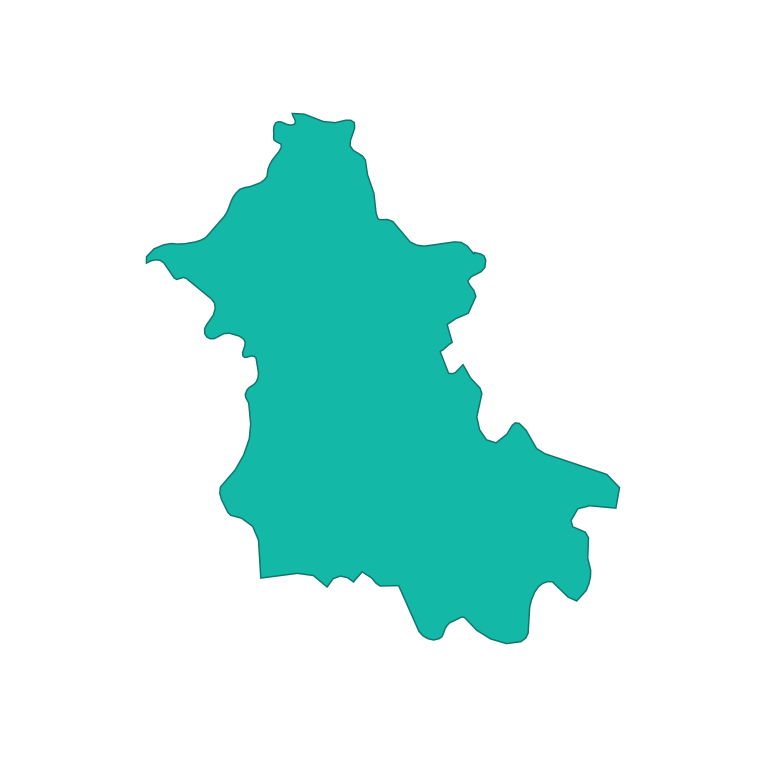 Loir-et-Cher, Mercator projection, rotated 24°
{"feature_id": "FRA-5314", "entity_name": "Loir-et-Cher", "entity_type": "Metropolitan department", "adm_level": 1, "iso_a3": "FRA", "parent_name": "France", "parent_adm1": "", "projection": "mercator", "projection_center": [1.32, 47.658], "detail": "fine", "context": "isolated", "style": "filled", "palette": "teal", "viewbox_px": 768, "rotation_deg": 24, "n_neighbors": 0, "source": "natural_earth", "source_scale": "10m", "svg_char_len": 2798}
<svg xmlns="http://www.w3.org/2000/svg" viewBox="0 0 768 768"><g transform="rotate(24 384 384)"><path d="M516.5,595.7L479.4,562.2L462.6,570.1L457.8,569.2L451.5,566.2L440.3,564.4L439.7,567.2L437.3,574.6L436.7,577.3L429.5,575.7L422.2,577.2L416.7,582.5L414.6,592.6L397.4,587.7L381.9,592.2L350.4,611.4L332.8,577.6L322.0,567.5L308.4,564.5L297.5,566.3L293.7,564.9L282.6,555.7L278.5,550.7L276.5,544.7L283.0,522.9L284.7,505.7L283.2,488.8L278.5,474.8L268.2,456.5L263.2,452.6L261.5,449.9L261.3,445.2L262.3,442.0L265.6,436.9L266.5,433.6L266.3,429.2L265.0,425.2L256.7,412.5L254.3,411.4L251.3,412.3L247.6,415.5L245.7,416.4L243.6,415.6L242.1,412.9L241.3,405.7L240.3,402.6L238.7,400.8L236.5,399.8L232.2,399.1L222.0,400.5L217.1,403.2L210.7,411.4L207.1,413.3L203.2,413.2L199.8,411.0L197.6,406.3L198.0,401.3L200.1,390.4L199.0,383.3L196.1,378.9L192.1,376.6L160.4,367.9L157.4,368.2L152.1,372.8L149.2,372.5L133.5,362.8L129.4,362.1L125.1,363.3L121.1,366.2L117.8,370.2L115.3,364.3L119.0,354.0L126.3,346.3L133.1,341.9L136.5,340.9L137.3,340.7L144.5,337.2L153.9,331.0L158.5,326.8L161.6,322.8L169.8,296.3L170.4,292.9L170.6,289.4L170.5,285.5L170.2,282.1L170.0,278.5L170.2,274.5L171.1,270.0L173.0,265.0L176.7,261.3L181.2,258.3L188.8,250.9L191.6,246.3L192.7,242.0L190.7,235.3L190.4,230.4L190.9,224.7L193.5,214.5L193.9,209.6L192.4,206.8L186.8,206.4L184.3,205.8L182.9,203.6L181.8,200.8L180.1,197.4L178.7,193.6L178.8,189.6L180.9,187.3L183.6,186.4L190.2,186.3L193.5,185.5L196.5,183.1L196.6,180.6L194.7,178.4L192.2,176.5L190.1,174.2L201.4,169.9L222.0,168.9L233.1,165.1L241.9,158.5L246.4,156.6L250.6,157.3L253.1,162.2L254.3,175.1L256.2,180.2L260.7,183.0L271.5,184.5L275.9,187.0L283.8,199.5L297.2,213.9L307.2,231.0L311.0,235.3L313.1,235.7L320.4,232.3L326.1,232.0L350.0,243.6L357.6,243.8L364.9,241.6L390.6,225.5L397.0,223.2L403.8,224.1L413.1,228.6L413.0,227.1L419.6,225.9L423.4,226.4L426.6,229.5L428.7,236.5L427.1,241.8L420.1,250.4L418.6,255.9L422.4,259.0L428.1,262.0L432.3,266.7L432.2,285.1L422.8,295.3L417.5,304.0L429.4,318.3L427.4,321.3L424.1,328.6L422.1,331.5L438.7,348.0L442.9,346.4L444.6,344.4L448.4,334.2L460.5,343.3L473.5,348.8L477.3,353.0L482.2,376.4L489.9,386.9L500.3,393.3L510.3,392.2L516.7,379.8L518.0,369.6L519.7,366.1L523.6,365.0L532.7,368.5L549.6,380.9L559.2,382.3L624.4,376.0L641.3,382.9L646.3,403.1L621.6,411.5L611.8,419.1L610.4,432.8L614.5,437.7L628.1,437.5L633.4,441.4L640.9,460.2L648.5,470.0L651.0,476.0L652.4,482.9L652.7,490.4L648.3,503.8L638.9,503.8L618.2,496.2L613.7,498.1L610.1,501.5L607.5,506.5L606.3,513.2L606.5,521.1L607.8,528.5L617.0,553.0L616.8,558.4L613.9,563.7L601.5,571.3L585.3,573.5L569.0,571.3L552.5,564.5L549.8,565.2L541.0,575.6L539.9,578.7L539.3,582.4L539.8,588.8L539.6,591.3L538.0,594.2L533.4,597.7L527.5,598.8L521.4,598.0L516.5,595.7Z" fill="#14b8a6" stroke="#0f766e" stroke-width="1.5"/></g></svg>